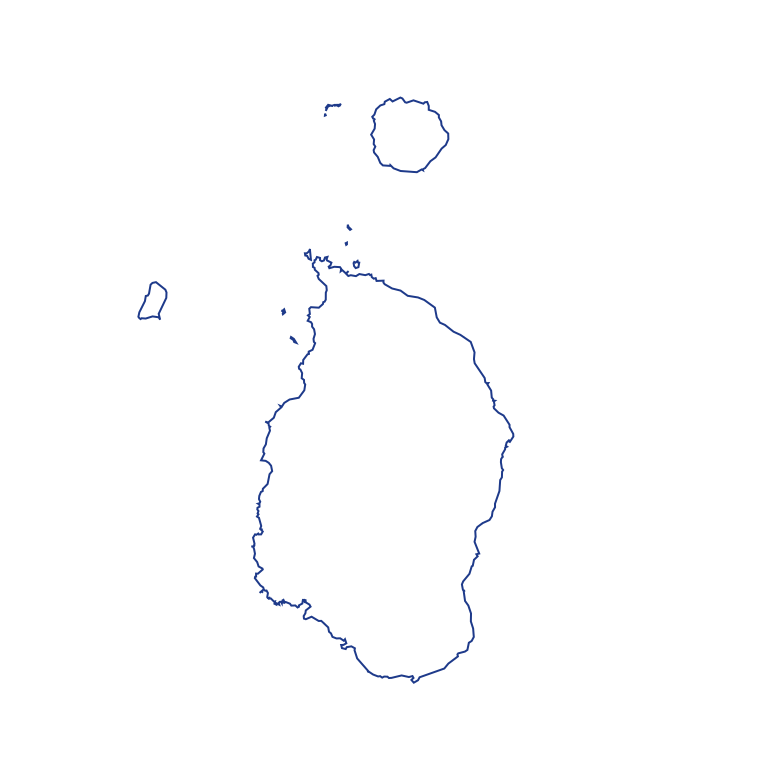 Biliran, Biliran, Philippines (Albers equal-area conic projection), rotated 42°
{"feature_id": "2640588B24635602844812", "entity_name": "Biliran", "entity_type": "district", "adm_level": 2, "iso_a3": "PHL", "parent_name": "Philippines", "parent_adm1": "Biliran", "projection": "albers", "projection_center": [124.427, 11.639], "detail": "fine", "context": "isolated", "style": "outline", "palette": "blue", "viewbox_px": 768, "rotation_deg": 42, "n_neighbors": 0, "source": "geoboundaries", "source_scale": "gbopen_adm2", "svg_char_len": 6153}
<svg xmlns="http://www.w3.org/2000/svg" viewBox="0 0 768 768"><g transform="rotate(42 384 384)"><path d="M456.8,611.8L461.1,610.2L463.4,610.7L466.3,607.9L469.3,607.9L469.8,606.4L468.9,605.5L470.2,601.8L468.4,599.0L469.3,598.8L468.5,597.4L471.1,599.1L471.5,598.9L469.6,596.6L472.1,598.6L476.2,597.8L478.4,598.6L477.4,604.6L479.0,607.0L479.6,610.2L481.5,611.9L483.3,611.1L485.9,605.4L494.0,603.8L495.9,602.0L505.4,602.2L508.9,604.9L511.5,604.8L514.9,606.4L518.9,604.9L521.6,602.3L525.9,601.7L525.8,599.8L529.5,601.9L528.4,605.1L526.8,606.6L529.5,608.4L532.9,606.6L532.4,604.5L535.3,600.8L539.2,599.9L540.3,601.6L547.7,605.9L564.5,607.9L564.7,609.3L564.8,608.0L570.3,607.2L575.3,605.3L576.6,603.7L579.1,603.4L579.9,601.3L582.4,599.2L584.4,599.2L586.2,597.4L592.1,588.8L598.6,585.1L600.6,582.0L602.6,582.7L602.4,585.6L606.0,586.0L607.5,581.4L606.7,578.1L619.2,555.1L618.9,548.7L621.2,537.0L619.5,535.8L619.4,534.5L623.2,528.7L623.9,525.8L620.2,519.5L621.1,516.3L620.0,511.9L613.9,506.1L607.4,502.3L602.2,496.3L594.9,492.2L589.4,491.0L581.8,484.6L582.4,483.2L581.6,484.4L580.3,484.1L576.0,480.8L574.9,477.7L574.5,467.9L571.2,460.8L571.6,459.7L568.5,454.4L568.9,449.4L566.6,448.7L568.2,446.3L556.9,440.7L554.3,436.2L550.2,432.2L549.1,427.8L550.4,421.3L553.4,414.5L552.7,410.1L550.1,406.3L549.0,401.3L546.6,398.7L541.4,386.3L534.6,377.6L534.1,374.5L530.4,370.1L530.1,368.2L527.9,367.7L523.2,363.9L521.3,361.5L520.8,358.9L521.7,358.2L520.8,358.7L518.9,357.2L517.7,351.5L516.6,350.2L517.4,348.2L515.8,348.4L514.3,345.4L514.5,342.2L515.8,342.1L516.4,343.7L515.3,336.5L513.4,334.6L506.2,332.1L504.6,330.3L494.0,327.4L488.3,328.7L482.0,328.5L480.6,327.5L480.4,325.8L477.4,323.5L477.6,322.3L476.1,323.4L475.4,322.3L473.2,322.0L468.0,317.2L461.2,315.2L460.9,313.5L459.6,314.8L458.0,314.8L454.8,312.2L437.5,307.9L434.2,305.3L430.1,299.9L420.3,294.7L407.8,296.4L400.7,298.6L389.8,299.3L384.5,301.0L378.6,299.2L370.7,293.2L357.7,294.6L351.4,296.9L342.6,302.6L333.8,303.5L326.1,307.6L317.7,309.4L315.7,309.0L314.5,307.5L309.5,312.4L307.0,310.9L305.9,312.6L303.3,312.7L301.4,311.2L300.7,312.4L299.2,312.3L297.3,315.6L292.1,318.8L291.0,322.6L286.5,325.4L285.2,327.6L281.9,327.4L281.9,326.6L283.0,326.7L282.0,326.6L282.1,323.8L281.8,327.3L276.7,327.3L276.4,329.1L275.0,327.0L273.1,326.6L268.7,330.1L265.9,334.5L264.4,333.8L264.8,331.6L263.7,329.0L259.0,330.3L257.8,329.6L256.9,327.4L255.5,329.5L256.7,332.4L255.7,334.4L253.7,334.8L252.1,333.1L249.2,334.5L250.1,337.3L249.6,338.5L251.0,340.1L250.5,342.1L252.9,344.6L254.6,344.1L256.2,345.4L261.1,345.4L262.4,346.5L262.2,348.1L265.2,349.6L275.6,349.8L278.7,352.6L279.6,355.0L284.3,360.3L284.8,362.6L284.1,363.8L285.1,365.4L284.5,370.9L278.3,375.8L278.1,378.1L282.1,381.6L281.6,383.9L284.0,383.9L285.0,388.1L288.4,386.9L290.4,387.5L292.2,389.5L295.4,390.1L299.3,393.1L301.4,397.6L303.7,399.6L305.5,399.7L308.0,406.4L306.4,410.3L307.5,411.8L308.5,411.2L307.3,413.2L307.9,420.2L310.3,423.1L308.4,424.2L309.1,428.2L310.7,429.5L312.2,429.2L315.9,430.7L319.0,434.8L321.8,434.5L323.9,436.6L325.8,437.1L329.0,442.0L329.9,451.2L324.2,458.7L322.5,464.8L323.2,469.1L321.5,469.7L323.3,470.1L322.4,477.3L324.7,482.8L323.7,490.1L320.9,491.4L324.6,490.6L326.4,492.1L328.0,491.9L328.0,493.2L330.5,495.0L333.2,502.8L336.6,507.9L337.6,512.5L339.9,515.4L341.7,515.8L343.7,523.0L347.5,520.3L351.1,519.7L354.8,520.3L359.2,523.6L359.3,527.6L364.4,536.2L364.1,542.9L365.5,544.8L364.8,546.6L366.2,550.6L368.1,553.2L370.8,554.3L371.3,555.9L370.5,557.2L372.1,556.9L373.6,558.5L372.8,560.6L373.8,562.0L375.7,562.4L376.7,564.8L377.9,564.8L378.3,567.5L380.6,567.1L387.8,571.7L388.9,574.5L390.4,573.9L390.5,574.6L393.4,574.8L392.7,575.0L393.3,578.0L391.6,579.6L390.6,579.3L390.1,581.4L388.8,582.0L389.5,585.8L394.6,589.3L395.3,590.7L396.4,590.4L395.6,591.0L395.9,591.7L394.1,593.5L395.6,592.5L397.9,593.6L401.7,596.5L403.8,600.4L408.9,601.2L412.9,603.5L417.2,602.5L418.0,603.0L417.2,609.4L415.8,610.5L417.8,612.7L417.2,613.4L417.9,614.7L426.9,616.4L430.4,616.0L432.0,617.0L431.3,622.5L431.7,620.1L433.7,620.0L431.7,620.0L432.0,617.2L434.1,617.1L434.9,616.1L437.6,617.0L439.8,620.5L440.9,620.8L441.7,619.7L442.3,620.4L443.3,619.1L448.0,619.3L448.5,618.5L449.6,620.6L451.7,620.0L450.8,618.9L453.8,618.1L452.2,617.1L452.3,615.6L453.2,614.8L454.7,615.3L454.2,614.7L455.1,614.1L453.4,612.7L453.7,611.7L456.5,612.9L456.8,611.8ZM227.4,145.5L225.8,147.4L225.7,149.3L216.1,153.5L212.6,159.8L211.2,160.5L206.6,159.5L204.5,160.2L201.3,168.3L197.6,168.3L195.7,173.7L197.0,175.8L194.9,179.4L194.4,185.1L196.6,190.2L196.5,193.3L198.9,194.2L198.2,193.7L199.9,193.6L200.3,195.2L203.4,196.8L206.2,200.5L207.6,207.3L213.0,208.9L215.8,212.6L218.7,213.4L219.8,217.1L221.7,218.6L227.4,219.4L233.3,222.2L236.9,222.3L242.6,217.8L242.2,217.1L246.8,217.3L253.8,214.6L266.7,204.6L268.4,199.4L269.8,199.1L269.1,198.7L270.1,196.0L269.4,187.4L270.7,181.1L269.3,170.5L270.0,165.1L268.0,159.0L264.1,154.9L259.1,154.9L253.6,153.2L250.7,150.6L246.4,149.2L244.8,147.4L239.8,147.6L233.8,150.3L231.2,147.4L227.4,145.5ZM158.4,460.2L146.4,460.9L144.3,463.8L144.1,466.4L148.9,474.1L149.3,476.3L148.1,478.0L150.9,482.4L154.2,494.4L156.5,498.4L158.3,498.8L159.7,498.6L159.8,497.4L163.1,494.8L166.8,488.6L171.9,485.2L174.6,486.0L169.6,482.6L164.6,465.7L161.1,461.5L158.4,460.2ZM286.8,314.3L284.4,310.4L283.4,311.1L282.0,310.2L281.6,312.9L280.2,313.2L280.5,314.5L282.9,316.4L285.4,316.8L286.8,314.3ZM246.6,340.6L239.8,334.4L238.7,333.2L239.5,335.9L239.1,338.7L237.8,339.8L239.5,341.2L241.2,340.2L244.2,341.4L246.6,340.6ZM284.0,412.4L287.2,411.9L289.2,412.9L291.3,412.1L286.8,410.8L283.5,411.3L284.0,412.4ZM262.6,396.9L259.8,395.3L259.6,397.4L258.6,397.9L260.4,397.9L261.7,398.6L261.7,399.5L262.2,399.8L262.6,396.9ZM160.2,211.5L155.7,213.9L155.9,217.5L157.0,217.8L158.0,220.0L156.7,215.5L157.7,213.2L160.2,211.5ZM250.5,289.8L252.1,291.9L255.6,292.2L255.9,291.1L252.5,291.0L250.5,289.8ZM164.3,204.6L164.3,206.2L162.5,207.8L163.1,208.3L164.3,208.1L164.9,206.5L164.3,204.6ZM261.8,303.7L261.3,305.0L262.8,305.9L263.0,305.0L261.8,303.7ZM160.9,223.3L159.3,222.5L160.5,224.1L160.9,223.3ZM162.2,208.8L160.8,209.3L160.2,210.2L160.9,210.3L162.2,208.8Z" fill="none" stroke="#1e3a8a" stroke-width="2"/></g></svg>